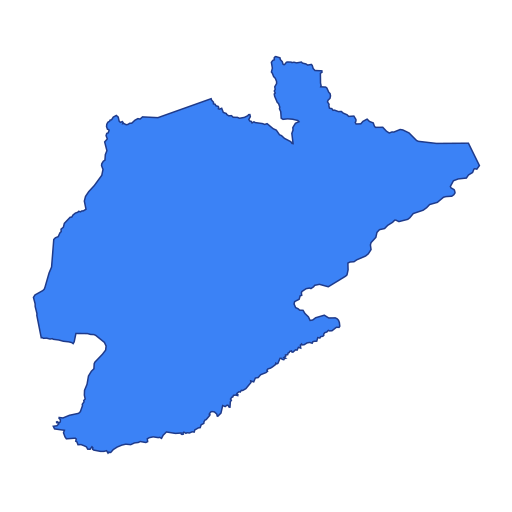 the district of Macanga, Tete, Mozambique, rotated 91°
{"feature_id": "85939544B71238690131788", "entity_name": "Macanga", "entity_type": "district", "adm_level": 2, "iso_a3": "MOZ", "parent_name": "Mozambique", "parent_adm1": "Tete", "projection": "mercator", "projection_center": [33.601, -14.715], "detail": "fine", "context": "isolated", "style": "filled", "palette": "blue", "viewbox_px": 512, "rotation_deg": 91, "n_neighbors": 0, "source": "geoboundaries", "source_scale": "gbopen_adm2", "svg_char_len": 6090}
<svg xmlns="http://www.w3.org/2000/svg" viewBox="0 0 512 512"><g transform="rotate(91 256 256)"><path d="M325.9,171.7L324.7,171.0L321.0,171.5L318.8,172.4L317.3,173.9L316.5,175.6L316.7,182.2L314.0,186.7L316.7,195.3L319.0,198.2L319.5,200.8L316.0,202.5L312.6,206.1L309.5,208.0L309.4,211.4L308.0,213.0L306.9,215.5L303.3,217.1L300.9,216.6L298.5,212.1L295.1,211.2L294.5,209.6L292.1,210.0L290.7,209.5L287.8,205.3L287.1,202.0L287.6,200.5L285.8,197.9L284.3,196.8L283.2,192.1L285.5,183.2L274.5,165.9L273.3,164.7L268.2,163.7L261.5,164.0L260.4,162.0L260.0,157.9L258.0,155.1L254.1,146.4L251.9,143.8L247.6,141.1L242.9,141.8L240.6,141.2L235.3,136.5L230.3,135.5L227.5,133.0L226.3,127.9L223.0,124.8L219.9,120.0L217.7,117.9L217.7,116.8L219.1,113.7L216.7,104.9L215.1,102.9L210.8,99.5L207.3,89.7L204.7,86.2L201.5,83.3L199.2,75.6L194.0,69.6L193.3,67.2L192.8,61.3L191.3,59.3L189.4,58.1L187.5,58.5L186.2,59.1L184.4,62.3L183.1,62.9L177.3,59.9L175.4,55.1L174.4,47.0L171.3,45.0L168.7,40.9L165.5,39.7L164.9,38.9L165.3,36.7L161.7,34.2L139.5,45.6L140.3,77.5L138.5,95.7L137.7,97.5L130.3,105.1L127.4,111.4L127.0,114.1L129.7,120.4L129.6,122.2L130.7,124.9L129.0,127.7L125.1,131.5L125.3,138.8L124.1,139.9L120.9,141.1L119.5,144.9L117.2,147.3L119.5,151.4L122.0,153.5L122.3,158.2L120.8,159.1L119.2,158.4L117.7,158.5L114.4,160.6L114.8,165.8L113.2,167.4L111.6,171.3L110.0,173.2L110.2,176.1L108.8,180.0L109.0,181.5L107.3,182.8L107.0,185.1L104.5,185.8L103.0,185.6L100.7,187.2L99.0,186.7L97.1,184.8L94.6,184.3L92.3,184.8L91.1,186.1L86.8,188.1L85.9,189.3L85.7,194.3L84.5,193.9L82.0,194.5L72.2,194.8L71.1,193.2L69.7,193.4L69.5,200.3L67.6,202.1L64.5,203.1L63.5,204.0L64.2,207.7L63.1,209.4L62.3,213.0L61.3,214.0L62.2,218.8L61.6,221.4L62.0,223.5L61.5,224.3L61.5,228.2L61.8,229.0L64.1,230.8L64.2,231.5L63.6,232.4L61.3,233.1L59.2,235.1L57.4,235.5L56.3,239.5L56.3,240.2L57.6,241.3L59.5,241.1L60.1,242.6L62.1,244.0L67.9,242.9L71.8,243.8L72.9,242.9L76.3,241.5L78.0,239.8L81.1,238.5L83.2,238.4L86.5,240.2L89.1,239.7L90.7,240.6L92.7,239.6L93.7,240.6L96.1,240.1L102.1,237.4L103.2,236.1L106.7,234.8L108.4,235.1L111.2,233.8L117.8,233.2L118.9,231.4L118.3,226.9L118.6,221.8L119.8,216.5L121.0,215.4L122.6,218.9L126.9,221.4L129.5,221.2L132.8,222.3L143.0,220.9L142.8,222.0L141.1,223.2L137.9,229.6L135.2,232.6L134.4,234.6L129.8,237.9L128.4,241.1L123.5,247.2L124.3,249.6L123.5,251.8L122.6,259.2L121.9,260.4L123.0,262.3L121.5,263.1L121.3,264.4L119.6,265.6L116.8,264.1L114.7,264.6L114.8,265.8L115.9,266.7L117.6,270.0L118.6,274.9L117.7,277.0L117.7,281.2L116.1,283.0L116.3,285.7L115.0,287.8L114.1,288.1L113.0,291.2L108.9,292.9L109.8,295.1L109.4,296.2L108.0,295.9L107.1,296.4L106.5,298.7L105.0,299.5L104.6,301.2L103.0,301.2L100.8,303.2L99.5,303.6L119.4,356.5L118.9,371.9L121.1,374.3L120.7,376.5L122.4,379.5L125.4,382.6L125.5,384.6L126.7,386.3L127.0,388.1L125.8,390.5L126.0,391.6L124.9,391.2L123.9,392.0L124.8,393.9L123.5,395.2L119.5,396.2L117.9,398.1L119.6,401.1L122.3,402.8L122.7,404.3L123.8,404.7L124.8,406.4L126.9,407.5L129.2,407.7L131.9,406.7L132.2,405.5L132.9,405.1L135.4,405.9L136.1,407.4L138.3,408.0L141.5,406.7L144.6,409.3L153.3,406.9L157.2,408.4L162.8,408.7L163.9,410.3L166.4,411.8L168.3,412.0L172.1,410.5L178.0,411.6L188.4,418.9L194.6,424.4L199.4,427.5L204.1,428.6L212.2,426.8L213.8,429.2L214.1,431.2L214.9,432.2L214.4,434.1L215.4,435.0L216.2,437.3L218.2,439.7L220.3,440.9L220.5,442.5L226.7,448.2L230.6,449.1L232.6,451.4L235.0,451.2L236.2,452.4L240.1,454.1L241.3,456.9L243.0,458.5L270.6,460.2L276.6,462.6L290.8,466.4L293.0,467.2L294.3,468.6L298.8,476.3L301.3,477.8L307.7,476.0L310.4,475.9L317.5,474.0L319.2,474.1L341.5,469.3L341.3,468.3L342.0,467.2L341.8,463.9L342.6,460.5L342.2,458.2L342.8,457.3L343.4,451.8L344.6,447.1L345.1,441.6L345.8,438.7L346.8,437.3L345.0,436.3L336.6,434.7L336.5,423.1L337.3,420.0L337.4,416.6L338.2,414.8L345.0,406.1L348.6,404.3L352.7,404.7L356.9,407.8L364.9,415.2L366.5,415.9L371.6,416.1L374.1,418.6L378.9,421.4L387.2,422.7L393.3,425.1L398.1,425.2L401.9,424.3L403.5,425.7L404.8,425.4L407.3,427.1L408.8,426.9L414.7,428.9L416.4,430.6L418.5,439.7L421.3,446.2L420.9,450.0L421.8,450.1L423.1,448.7L425.3,448.8L426.2,450.0L425.1,451.9L425.4,452.5L426.1,452.4L426.1,451.4L427.4,450.4L429.2,452.0L429.8,455.7L432.4,454.4L433.6,444.5L436.1,445.4L440.2,443.8L442.1,442.4L441.3,433.6L442.2,432.5L444.3,433.0L445.0,431.8L447.8,430.7L447.6,427.6L448.7,424.6L449.8,422.2L452.1,420.9L452.1,418.5L449.6,416.7L450.6,415.8L452.1,416.0L452.9,414.8L454.1,407.9L454.0,404.6L453.3,402.0L455.7,400.5L454.6,399.6L455.1,398.8L454.9,397.8L452.0,395.3L449.4,391.4L447.4,386.8L446.4,382.9L446.8,378.0L445.0,374.2L444.5,370.5L443.5,368.5L444.4,362.9L443.5,361.1L440.6,361.5L439.5,359.5L438.6,355.6L439.3,350.6L439.0,349.1L440.0,347.3L436.8,345.7L433.5,342.5L434.8,333.4L434.3,327.8L435.4,327.6L435.7,326.8L435.4,325.6L434.1,325.9L433.4,325.0L434.5,323.0L433.9,321.9L434.1,319.4L432.9,316.8L433.1,314.7L431.0,314.2L428.8,310.5L428.6,308.8L425.7,307.9L424.3,305.3L422.6,305.1L421.0,304.2L420.4,302.9L416.2,299.5L415.4,299.3L414.9,300.0L412.8,298.6L412.3,297.3L412.6,294.9L414.7,292.5L416.7,292.0L416.9,291.4L413.7,288.3L406.1,286.7L407.1,284.2L405.7,282.4L405.7,281.4L407.6,280.2L407.6,279.4L402.2,279.1L400.6,278.1L399.5,279.0L397.6,277.7L397.4,276.8L395.7,276.1L395.4,274.0L395.9,271.8L394.9,271.7L394.3,272.9L393.6,272.6L392.0,270.6L392.3,269.4L390.6,268.3L390.7,267.0L388.8,263.8L382.5,258.8L381.0,259.1L381.9,256.1L378.0,254.5L377.5,251.7L374.6,249.3L372.4,244.0L371.0,242.4L370.0,243.1L368.6,242.0L367.9,239.6L366.6,237.6L364.2,234.6L362.8,234.3L363.5,233.3L362.9,232.2L357.9,230.2L357.9,228.9L358.8,228.1L359.2,226.4L358.1,225.8L357.7,224.7L357.0,226.3L355.8,224.6L354.5,224.8L354.1,222.6L352.4,222.2L352.0,221.2L350.8,220.6L350.3,218.9L351.4,218.4L351.5,217.4L349.1,214.8L349.4,213.3L346.6,212.0L347.3,209.7L344.3,210.1L343.2,208.9L344.1,208.5L343.9,206.4L342.0,203.4L341.5,200.9L342.2,198.3L340.9,197.8L340.3,196.6L340.1,193.8L336.5,192.8L336.9,190.7L335.5,189.9L335.1,187.8L334.1,186.8L333.0,187.0L331.5,186.0L330.7,183.8L329.1,182.4L329.6,181.2L329.4,178.7L325.9,174.4L325.9,171.7Z" fill="#3b82f6" stroke="#1e3a8a" stroke-width="1.5"/></g></svg>